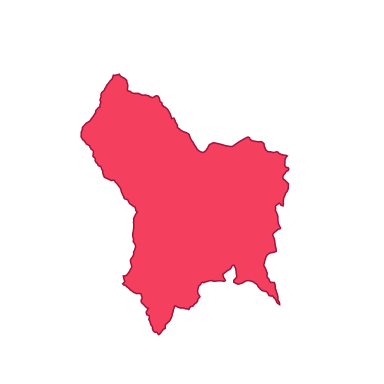 Tsento, Paro, Bhutan (Robinson projection), rotated 155°
{"feature_id": "84629894B34516930524400", "entity_name": "Tsento", "entity_type": "district", "adm_level": 2, "iso_a3": "BTN", "parent_name": "Bhutan", "parent_adm1": "Paro", "projection": "robinson", "projection_center": [89.316, 27.609], "detail": "fine", "context": "isolated", "style": "filled", "palette": "rose", "viewbox_px": 384, "rotation_deg": 155, "n_neighbors": 0, "source": "geoboundaries", "source_scale": "gbopen_adm2", "svg_char_len": 6015}
<svg xmlns="http://www.w3.org/2000/svg" viewBox="0 0 384 384"><g transform="rotate(155 192 192)"><path d="M204.0,320.7L204.3,321.3L204.8,322.8L205.2,323.6L207.7,326.9L208.2,329.5L211.5,330.0L213.6,330.8L213.9,331.1L216.4,328.5L217.0,328.0L218.8,327.5L222.4,325.6L223.7,325.1L226.2,323.1L226.8,322.9L228.2,321.6L229.2,321.0L231.5,320.4L232.2,320.0L233.6,318.3L234.1,316.8L236.3,314.5L236.7,313.6L236.5,312.1L238.7,309.8L239.3,308.0L240.9,308.1L244.5,306.6L245.1,306.1L245.8,304.5L246.4,304.4L248.8,302.7L252.7,300.7L253.9,299.8L254.7,299.5L259.0,299.0L264.0,296.8L264.5,296.2L264.9,295.0L267.1,293.1L268.3,290.5L269.1,289.3L269.2,288.3L268.9,285.5L268.1,284.1L268.0,283.2L267.5,281.6L267.4,280.0L265.3,277.3L265.5,275.9L265.3,273.8L265.2,273.2L264.4,272.0L264.2,271.4L264.2,270.3L266.1,267.3L266.7,266.0L266.5,265.4L265.9,264.5L265.6,263.3L265.8,262.5L266.4,261.8L266.6,260.7L266.5,259.5L265.8,257.6L265.8,255.8L265.4,255.0L264.1,253.9L263.9,253.3L264.2,251.0L264.0,249.0L264.9,246.5L265.0,245.0L265.3,244.2L265.1,243.1L265.1,242.2L262.3,239.0L261.9,238.3L261.0,237.6L260.6,236.8L260.1,236.4L259.4,236.3L258.0,235.8L257.5,235.2L257.3,233.4L256.6,231.8L255.3,225.8L255.4,224.3L255.9,222.3L256.0,217.9L255.8,216.8L256.2,215.7L255.8,214.2L254.3,212.9L253.5,211.7L253.5,208.8L253.3,207.7L251.0,203.6L250.5,202.9L249.9,202.3L249.9,202.0L250.4,200.6L250.7,198.9L250.6,198.0L250.1,196.8L252.1,195.9L255.7,193.0L256.3,192.4L256.9,190.4L258.0,189.1L258.3,187.6L259.4,185.3L261.6,181.5L263.4,179.3L264.5,176.6L264.9,174.0L266.3,171.8L265.8,169.8L265.8,167.5L266.6,165.6L267.5,164.9L268.1,163.9L270.2,162.4L271.5,159.8L272.8,158.7L276.1,156.8L276.8,156.0L277.4,154.0L277.9,150.5L278.7,149.0L280.1,148.2L282.0,146.7L283.9,145.5L286.3,144.3L287.4,144.2L289.8,144.9L290.5,141.5L290.7,139.4L290.9,139.1L293.6,138.1L293.1,136.6L291.6,135.3L291.0,133.4L289.8,131.0L289.4,129.4L287.7,126.7L287.5,125.9L284.8,123.0L284.1,123.0L281.8,121.7L281.2,121.3L281.1,121.0L281.5,120.3L281.9,117.0L282.3,116.5L283.7,115.7L284.4,114.1L284.5,113.2L284.0,111.7L283.0,109.2L282.5,107.4L281.9,106.1L281.0,105.4L280.7,105.1L281.4,104.5L281.9,104.4L282.3,103.9L284.2,102.6L284.6,101.5L284.8,100.1L284.8,99.8L283.4,98.4L283.2,97.6L283.9,96.0L285.2,94.6L284.7,93.6L285.4,89.2L284.9,86.5L285.0,85.8L285.5,85.2L285.7,84.4L285.8,82.6L285.3,81.1L284.2,80.2L283.3,79.9L283.0,79.6L282.8,78.4L282.7,77.0L282.3,76.7L281.9,76.7L280.4,77.3L278.0,78.7L276.9,79.1L276.0,79.8L274.8,79.6L273.8,79.7L273.2,81.2L272.6,82.3L271.7,83.2L270.8,83.3L269.1,84.0L267.2,84.4L265.6,85.4L264.0,86.7L262.7,87.9L261.2,90.1L260.0,91.2L258.1,93.7L256.8,94.9L256.0,96.0L255.8,96.0L254.5,95.0L253.5,93.4L252.2,92.5L251.6,91.7L249.0,90.6L246.9,88.6L245.3,88.0L244.9,87.0L244.4,86.8L243.7,87.5L242.0,88.6L240.7,88.5L239.4,88.2L236.4,89.6L235.5,89.6L233.4,90.5L231.6,92.6L229.1,93.6L229.0,94.4L229.4,96.8L229.3,98.6L228.2,100.8L225.4,104.1L223.5,104.4L221.8,105.7L220.9,105.9L220.2,105.6L219.8,104.9L219.1,104.7L218.4,104.9L217.6,104.8L215.8,104.4L213.9,104.3L212.5,103.6L211.8,103.6L211.2,103.2L210.6,102.2L209.2,101.7L208.2,101.1L206.7,100.8L203.1,99.2L200.9,97.6L200.0,97.4L199.1,97.8L199.3,99.9L199.4,102.0L199.1,103.3L198.6,104.6L197.6,104.6L192.9,105.8L190.3,105.9L189.1,106.4L187.1,108.0L185.9,108.2L184.8,107.7L184.8,104.3L185.6,101.2L186.4,99.3L187.2,96.2L189.1,95.2L191.0,94.6L191.6,94.1L192.3,92.5L190.6,90.5L189.7,89.3L188.4,88.7L184.5,88.2L180.7,88.7L178.1,87.8L174.8,85.2L172.0,80.3L172.1,78.4L170.7,74.0L169.5,72.4L167.1,70.7L166.5,69.9L166.0,68.0L166.0,65.7L165.9,65.5L164.0,64.1L163.1,63.8L162.7,63.4L162.5,61.6L161.9,60.6L161.8,58.9L161.5,58.1L161.6,57.5L161.8,57.3L161.7,55.7L161.4,54.9L160.2,52.9L159.8,53.7L159.4,55.6L159.6,56.6L159.7,58.4L159.0,59.2L158.5,60.5L157.8,63.6L157.8,64.9L157.3,67.8L157.3,68.8L157.0,70.0L156.3,71.3L155.6,74.3L155.7,75.2L159.0,77.0L159.3,79.1L159.1,80.4L159.2,81.5L159.6,81.9L159.9,83.2L159.4,84.5L158.3,86.2L158.0,87.2L158.0,88.4L157.8,89.4L157.8,92.7L158.0,94.3L157.9,95.0L157.5,96.0L156.5,96.9L155.7,97.9L155.4,98.7L153.6,100.4L153.1,101.2L150.5,103.2L148.2,103.7L146.5,103.6L143.5,102.8L142.6,102.8L140.8,102.5L139.9,104.6L139.1,108.6L137.5,113.3L137.2,115.4L137.1,118.0L136.8,119.4L135.6,120.2L130.1,121.7L127.2,121.5L127.0,121.9L127.1,124.8L127.1,126.5L126.9,127.5L125.9,130.6L124.5,133.5L124.2,135.0L124.1,140.5L123.3,141.4L122.3,144.0L121.5,144.4L120.9,144.4L117.6,145.0L117.0,144.2L117.1,142.8L115.4,140.9L114.1,142.6L113.6,144.0L112.9,145.6L111.3,147.9L110.1,149.1L109.2,149.6L108.0,151.2L106.1,152.0L104.6,153.1L103.4,154.3L101.1,158.6L102.8,163.5L103.4,164.4L103.8,165.7L103.4,166.8L102.9,167.8L102.0,168.6L99.9,169.5L98.9,170.3L97.8,170.7L95.6,170.9L94.8,171.6L94.4,172.6L94.8,173.7L95.8,174.1L96.6,175.2L96.5,175.9L96.8,176.6L96.6,177.4L95.8,178.3L94.3,181.6L93.5,182.6L91.5,184.1L90.4,184.4L91.3,185.5L93.3,186.7L96.0,189.1L96.7,190.1L97.4,192.1L99.0,192.9L101.1,193.1L103.8,195.2L106.4,196.7L107.4,199.6L107.1,201.6L107.1,203.0L106.3,205.5L107.6,208.2L111.2,209.8L115.4,212.7L117.0,214.8L117.0,217.0L118.0,218.2L121.2,218.2L128.3,217.6L136.2,216.2L138.9,217.6L141.9,219.7L145.1,222.6L151.6,227.6L153.5,227.7L156.4,227.5L159.4,225.2L161.7,223.8L164.3,223.1L165.6,223.4L167.3,224.9L168.5,226.7L169.3,228.8L169.3,230.0L169.9,233.6L170.1,237.1L170.7,239.3L170.6,242.8L170.3,245.2L170.7,246.3L172.2,248.3L174.7,250.8L176.0,252.7L176.5,253.7L176.6,254.3L178.0,256.6L177.0,258.5L177.4,262.7L177.1,264.1L177.1,266.5L177.8,266.9L179.2,267.0L179.5,267.3L179.0,269.3L179.0,270.5L178.7,271.3L179.0,275.7L179.2,277.2L180.3,280.0L180.6,280.4L181.5,280.9L181.7,282.3L182.3,283.0L181.6,285.8L182.6,287.3L182.6,287.6L182.6,288.4L182.2,289.5L182.0,292.1L182.2,293.0L182.6,293.6L183.6,294.3L185.1,294.4L185.6,294.2L187.1,294.2L188.1,294.3L189.8,296.1L190.6,297.5L192.3,298.9L193.4,299.7L195.3,300.3L196.0,300.8L197.7,302.5L198.2,303.4L198.8,304.0L202.7,305.8L204.3,306.9L204.8,307.6L205.0,308.4L205.5,309.4L206.0,309.8L207.2,310.3L207.3,312.0L205.0,315.9L204.5,319.5L204.0,320.7Z" fill="#f43f5e" stroke="#9f1239" stroke-width="1.5"/></g></svg>